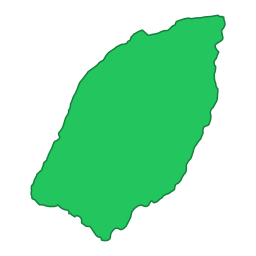 the district of Barbosa, Santander, Colombia
{"feature_id": "7082276B35753389183496", "entity_name": "Barbosa", "entity_type": "district", "adm_level": 2, "iso_a3": "COL", "parent_name": "Colombia", "parent_adm1": "Santander", "projection": "albers", "projection_center": [-73.619, 5.955], "detail": "fine", "context": "isolated", "style": "filled", "palette": "green", "viewbox_px": 256, "rotation_deg": 0, "n_neighbors": 0, "source": "geoboundaries", "source_scale": "gbopen_adm2", "svg_char_len": 5116}
<svg xmlns="http://www.w3.org/2000/svg" viewBox="0 0 256 256"><path d="M210.8,115.8L210.8,115.0L210.4,113.5L210.3,112.1L210.5,111.2L210.8,110.1L211.2,109.2L212.1,108.5L212.8,107.8L213.4,107.0L214.5,104.9L216.0,102.3L216.9,100.4L217.3,98.6L217.4,97.1L217.5,94.8L217.8,91.9L217.9,89.5L217.6,88.5L216.9,87.8L216.2,86.3L215.8,84.9L215.8,84.3L215.6,82.9L215.1,81.9L214.7,80.5L214.5,79.4L214.4,77.7L214.3,75.7L214.3,74.0L215.0,72.0L215.5,69.4L215.7,67.5L215.6,66.4L215.0,65.7L214.4,64.7L214.1,63.2L214.1,62.1L214.6,60.8L215.0,59.9L216.0,58.9L216.5,57.6L217.2,55.5L218.2,53.2L218.7,52.1L218.3,51.3L217.3,50.7L216.1,48.8L215.5,47.6L215.1,46.4L215.2,45.4L215.8,44.3L217.4,43.1L219.2,42.0L220.7,41.1L221.9,40.1L222.8,38.8L222.8,37.1L222.4,35.3L221.8,32.4L221.6,30.5L222.3,29.4L223.3,28.4L224.3,26.5L224.9,25.1L224.9,23.8L224.7,21.9L223.9,19.4L223.6,17.9L223.8,17.3L222.0,16.5L221.2,16.5L220.2,16.8L219.4,16.3L218.7,15.7L217.9,15.4L217.1,15.4L215.6,15.7L214.5,15.9L212.5,16.2L211.0,16.5L208.9,16.6L206.1,16.8L202.7,17.3L200.4,17.8L197.3,17.9L195.7,18.0L194.2,18.2L193.2,18.4L191.3,18.8L190.3,18.4L188.2,18.1L186.6,18.4L184.7,18.7L183.1,19.2L180.8,20.0L178.7,20.6L176.6,21.5L175.9,22.3L175.6,23.3L175.4,24.2L174.9,24.9L173.6,25.6L172.6,25.9L171.5,27.0L170.3,28.2L169.2,29.3L168.4,30.0L167.2,30.5L166.2,30.6L164.8,30.6L163.3,30.9L162.0,31.4L160.1,32.2L159.0,32.9L157.2,33.4L155.2,34.0L153.7,34.2L152.3,34.4L151.3,34.7L149.7,35.2L148.2,35.2L146.6,33.9L144.5,32.0L143.1,30.8L142.6,30.2L141.2,30.4L139.7,31.1L138.0,31.8L136.2,32.9L133.8,34.2L132.6,35.8L131.3,36.9L130.7,38.2L130.5,39.6L129.6,40.7L128.1,41.2L127.3,42.4L126.6,43.4L125.4,43.8L123.6,44.3L121.7,44.4L120.1,45.0L118.6,45.9L117.4,46.4L116.3,47.0L114.8,48.4L112.6,49.9L109.1,52.2L107.1,54.2L105.3,56.9L103.8,59.5L103.2,60.4L102.0,60.9L100.1,62.0L98.6,63.3L97.7,64.5L96.1,66.0L93.7,67.8L91.9,69.1L90.5,70.0L89.1,71.0L88.3,71.5L86.6,73.9L84.0,77.3L82.3,79.5L80.1,82.1L79.1,83.9L77.2,89.2L76.0,91.8L75.5,93.1L74.4,94.9L73.6,96.4L73.1,97.4L72.4,99.6L71.7,101.3L71.1,102.8L70.5,103.9L70.5,105.1L70.1,107.8L69.5,108.9L68.6,110.3L68.6,111.9L68.2,113.7L67.0,115.6L65.8,117.5L64.9,120.2L64.2,122.6L63.1,126.2L61.8,128.9L60.4,131.0L59.4,132.0L58.6,133.2L58.6,133.6L58.9,135.4L59.9,137.2L59.5,138.0L58.7,139.1L57.2,140.3L55.2,141.2L53.9,142.5L53.0,144.9L52.1,147.4L51.5,148.9L50.7,150.3L50.0,151.8L49.3,153.1L48.5,154.8L47.9,156.7L47.2,158.0L46.9,159.2L46.6,160.4L45.9,160.9L45.0,161.6L44.2,162.2L43.8,163.3L43.4,164.1L43.2,165.8L42.6,167.2L42.1,168.6L41.5,170.2L40.3,171.2L39.4,172.0L38.2,173.1L37.0,174.2L36.6,175.8L34.5,179.7L33.4,183.4L32.4,184.9L31.6,185.7L31.4,187.0L31.3,188.4L31.5,190.1L31.4,191.7L31.2,192.8L31.1,194.0L31.6,195.6L32.0,197.1L32.0,198.4L32.7,198.9L35.1,199.9L36.8,202.1L39.4,204.8L42.0,204.8L43.0,204.9L46.1,205.9L49.1,206.5L52.4,206.5L54.5,206.5L56.5,205.9L57.6,205.1L58.6,205.7L60.3,207.3L62.5,208.8L65.2,209.8L67.7,210.1L68.9,211.6L68.9,213.6L70.6,213.6L71.8,214.9L74.8,216.8L76.6,215.5L79.0,216.3L80.8,217.8L81.7,220.1L81.5,222.2L82.0,223.4L83.9,224.5L84.9,225.5L86.7,226.4L89.6,226.4L91.0,227.6L92.9,230.6L94.6,233.1L95.9,235.0L97.7,236.8L99.8,237.2L101.1,238.0L101.5,239.6L101.6,240.1L102.9,240.4L105.2,240.6L106.7,240.5L108.3,240.0L109.4,239.3L110.0,238.5L110.3,237.4L110.5,236.2L110.6,234.6L110.9,233.6L111.7,232.1L112.1,231.5L113.0,230.4L113.9,229.3L115.1,228.5L115.8,228.3L116.9,228.2L118.2,228.4L119.3,229.1L120.5,229.6L121.7,229.5L123.4,228.7L124.6,227.6L126.1,226.2L126.5,225.5L127.3,223.6L127.5,223.6L128.1,222.4L129.0,220.7L129.2,220.3L129.8,219.0L129.9,218.8L130.5,217.7L131.6,212.9L132.0,211.6L132.2,211.4L133.5,209.6L135.2,207.9L136.3,207.1L136.8,206.8L136.8,206.7L138.0,205.9L138.3,205.8L141.4,205.0L142.4,205.5L144.2,206.2L145.8,206.5L147.1,206.2L148.7,205.1L149.3,203.6L150.7,201.6L150.9,201.4L151.0,201.3L151.4,201.0L151.6,201.0L151.8,201.1L152.2,201.3L152.5,201.5L153.4,202.4L154.6,202.7L155.4,202.5L157.0,201.6L158.5,200.4L160.0,199.0L162.2,197.6L163.0,196.3L163.1,196.2L163.3,196.0L163.5,195.9L163.8,195.6L164.7,195.1L165.1,194.8L166.6,194.1L167.4,194.0L167.5,193.9L167.8,193.9L169.0,193.3L169.7,192.9L169.9,192.7L171.3,191.7L173.1,190.6L173.5,190.3L174.5,189.4L174.6,188.6L174.7,187.9L175.0,186.2L175.6,184.5L176.8,183.8L178.4,183.1L179.1,182.3L179.2,182.2L179.3,182.1L179.4,181.9L179.5,181.9L179.6,181.7L179.8,181.5L180.0,181.3L180.0,181.2L180.5,180.7L180.7,180.4L180.8,180.4L180.9,180.1L181.0,179.8L181.1,179.5L181.2,179.3L181.2,179.2L181.3,179.0L181.4,178.7L181.5,178.7L181.6,178.4L181.7,178.2L183.2,175.5L185.0,173.1L185.3,172.7L185.7,172.0L185.7,171.9L185.8,171.8L185.9,171.7L186.1,170.9L186.2,170.3L186.4,168.4L186.3,165.8L186.4,164.4L187.3,163.0L188.7,160.8L190.5,158.9L191.3,157.4L191.8,155.9L192.6,153.5L193.3,151.0L193.9,148.8L194.5,147.0L195.2,146.1L196.1,145.0L196.9,143.9L197.6,142.7L198.5,141.4L199.3,140.5L200.6,138.9L201.2,137.7L201.8,135.8L202.5,134.3L202.8,133.8L203.0,132.5L202.9,130.4L203.1,128.4L203.6,127.6L204.3,126.8L205.2,126.1L206.2,126.0L207.2,125.6L208.0,125.3L208.8,124.6L209.3,123.4L210.4,120.2L210.5,119.6L210.8,117.9L210.9,116.3L210.8,115.8Z" fill="#22c55e" stroke="#15803d" stroke-width="1.5"/></svg>